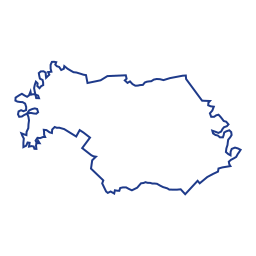 Guaraciaba, Santa Catarina, Brazil
{"feature_id": "56859067B68439029217006", "entity_name": "Guaraciaba", "entity_type": "district", "adm_level": 2, "iso_a3": "BRA", "parent_name": "Brazil", "parent_adm1": "Santa Catarina", "projection": "natural_earth1", "projection_center": [-53.605, -26.58], "detail": "fine", "context": "isolated", "style": "outline", "palette": "blue", "viewbox_px": 256, "rotation_deg": 0, "n_neighbors": 0, "source": "geoboundaries", "source_scale": "gbopen_adm2", "svg_char_len": 2972}
<svg xmlns="http://www.w3.org/2000/svg" viewBox="0 0 256 256"><path d="M209.9,101.0L202.1,100.7L186.1,79.0L185.8,75.5L182.7,75.7L170.0,78.1L163.5,80.1L160.0,79.2L156.7,79.0L153.8,79.6L151.3,81.2L149.0,81.4L146.9,81.7L144.8,82.5L142.9,84.9L140.0,85.1L137.8,85.6L135.3,85.7L132.5,84.1L130.0,81.4L127.5,82.9L124.8,80.4L126.6,78.7L125.8,75.3L107.4,76.1L100.6,80.3L87.5,83.0L86.0,75.1L83.4,74.7L81.0,73.9L79.0,73.3L76.4,72.5L73.5,72.2L70.7,70.6L67.5,68.7L64.3,66.1L63.8,68.8L61.2,70.0L59.2,67.0L56.8,66.2L55.3,64.6L56.2,62.2L54.1,61.8L51.9,61.9L50.6,64.8L50.6,68.7L51.4,71.7L48.1,72.1L49.3,74.7L47.6,76.3L46.1,77.8L45.8,75.1L45.7,72.7L43.6,71.3L40.8,71.4L38.8,73.1L39.3,76.0L39.9,78.6L42.6,80.0L43.1,82.3L43.2,85.1L41.1,86.2L39.5,88.2L37.3,86.0L37.6,83.4L35.9,81.7L34.8,84.8L34.1,88.1L34.6,91.0L35.4,94.5L33.1,94.2L31.1,94.7L30.5,91.6L29.0,95.4L27.1,96.8L24.4,95.4L21.9,93.8L19.5,95.1L15.6,97.6L15.4,100.6L17.4,101.6L20.2,102.0L22.6,102.1L25.1,103.6L26.2,107.0L26.1,110.1L23.4,111.2L21.1,110.2L18.6,111.4L18.0,114.3L19.2,116.8L21.9,116.5L24.0,115.1L27.0,113.6L28.4,116.7L29.0,120.4L28.5,124.2L28.3,128.2L26.6,131.8L26.4,135.1L23.9,134.3L21.4,133.3L22.3,135.7L23.8,138.5L23.4,142.8L23.4,147.1L26.2,145.7L27.6,142.5L29.6,142.8L29.0,146.6L31.5,146.1L33.7,146.5L34.4,148.8L36.4,148.9L36.0,145.4L36.7,143.1L35.6,140.6L37.5,137.8L40.2,138.1L43.0,137.0L45.1,137.0L44.1,134.8L44.1,132.3L43.8,129.8L46.5,130.1L49.5,132.3L51.9,133.0L52.2,129.5L54.7,127.0L56.8,127.8L59.2,127.7L64.2,129.1L76.2,136.5L79.7,130.1L83.4,132.5L85.1,133.8L90.0,137.6L82.2,148.1L91.4,155.3L93.5,156.3L95.9,156.7L92.2,160.3L91.0,168.6L103.3,180.4L102.2,183.4L106.1,191.5L107.8,192.9L110.6,191.5L114.2,193.5L114.9,190.3L117.1,190.7L119.3,190.8L120.2,188.0L122.9,187.4L126.1,187.4L129.0,189.0L131.9,190.3L137.2,187.7L141.0,183.3L143.5,183.0L145.5,182.2L147.5,182.8L150.2,182.9L152.2,183.5L154.4,183.5L157.0,183.8L160.1,185.6L163.1,187.1L165.2,187.7L167.4,188.4L169.3,189.6L176.6,189.7L180.7,189.3L185.2,194.2L197.6,180.8L199.7,183.3L207.3,177.0L213.1,173.9L218.0,171.6L218.5,168.5L222.4,167.4L230.4,166.1L229.3,164.3L228.8,161.7L231.0,159.8L233.9,158.3L236.2,156.9L237.7,154.1L239.4,151.7L240.6,149.8L237.8,148.4L235.0,147.6L231.7,148.9L230.6,151.8L230.5,155.3L228.3,154.1L225.9,152.0L226.4,148.3L227.5,145.0L227.8,142.3L228.2,139.7L230.2,137.3L231.6,135.0L231.2,132.1L229.3,130.3L226.3,131.3L224.2,132.5L223.7,135.0L222.9,137.3L219.9,137.3L217.8,135.5L215.5,135.0L213.1,133.4L212.3,130.7L215.2,131.7L218.4,132.9L221.1,131.6L222.5,129.0L224.0,127.2L226.9,126.2L228.5,124.4L226.2,121.7L223.7,121.0L222.0,118.7L220.4,116.7L218.5,114.7L216.2,115.3L214.1,116.8L211.2,116.8L209.9,113.3L212.3,110.6L213.8,106.7L210.7,106.3L208.2,105.3L208.4,102.7L209.9,101.0ZM27.0,113.6L29.3,110.3L32.3,109.0L34.8,108.4L37.1,109.0L38.1,112.2L36.3,113.7L33.9,113.5L30.8,112.9L27.0,113.6ZM35.4,94.5L38.1,95.6L39.0,98.2L36.2,98.1L35.4,94.5ZM36.7,143.1L39.6,143.2L38.1,140.7L36.7,143.1Z" fill="none" stroke="#1e3a8a" stroke-width="2"/></svg>